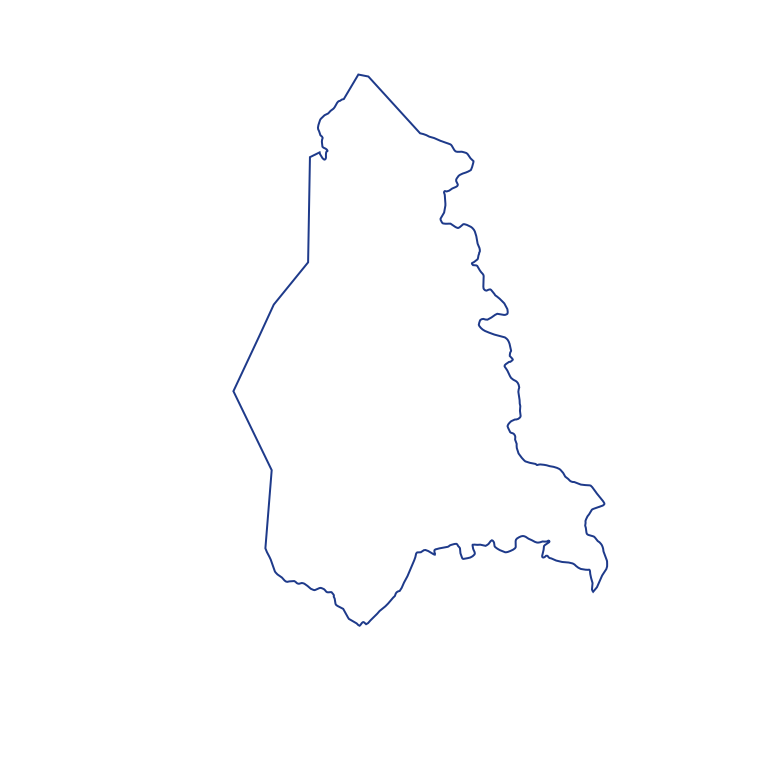 the district of Concepcion de Maria, Choluteca, Honduras, rotated 331°
{"feature_id": "27666195B30241757511056", "entity_name": "Concepcion de Maria", "entity_type": "district", "adm_level": 2, "iso_a3": "HND", "parent_name": "Honduras", "parent_adm1": "Choluteca", "projection": "natural_earth1", "projection_center": [-86.944, 13.221], "detail": "fine", "context": "isolated", "style": "outline", "palette": "blue", "viewbox_px": 768, "rotation_deg": 331, "n_neighbors": 0, "source": "geoboundaries", "source_scale": "gbopen_adm2", "svg_char_len": 6166}
<svg xmlns="http://www.w3.org/2000/svg" viewBox="0 0 768 768"><g transform="rotate(331 384 384)"><path d="M466.2,667.1L471.7,665.0L482.0,657.2L488.8,653.6L490.7,651.7L491.8,649.8L493.1,647.3L493.4,646.2L494.8,636.9L495.8,634.3L496.2,632.5L496.4,630.7L496.3,629.3L495.8,627.0L494.8,625.0L494.1,620.7L493.7,619.4L493.0,618.5L489.5,615.0L489.0,614.1L488.8,613.3L489.0,612.2L490.8,607.6L491.3,605.4L492.9,603.3L493.8,601.5L495.0,600.4L497.8,598.4L500.2,597.4L504.9,594.7L506.5,594.7L516.4,596.4L518.2,596.1L518.7,595.6L518.9,594.8L518.8,592.8L517.1,583.1L516.1,575.1L515.5,573.1L514.8,572.4L510.9,569.9L507.4,567.4L502.9,562.0L501.3,561.0L500.2,559.7L499.7,558.7L499.1,556.4L497.6,552.9L497.6,548.7L496.7,544.6L496.2,543.4L494.7,541.3L492.2,538.7L489.1,536.2L486.8,533.9L484.7,532.2L481.7,530.1L480.2,529.5L478.9,529.2L478.4,528.9L477.8,527.4L473.3,523.6L470.1,520.2L469.5,518.6L468.7,515.3L468.0,510.0L469.1,504.4L470.0,502.4L471.0,500.7L471.7,496.2L473.2,493.9L473.5,492.8L473.5,491.5L473.3,490.5L472.7,489.5L471.5,488.3L471.0,487.3L471.3,482.4L471.6,480.8L472.2,480.2L473.2,479.5L475.2,478.7L477.2,478.2L481.2,478.5L482.6,479.2L484.6,479.6L486.7,479.2L487.4,478.8L488.0,478.2L489.9,473.4L492.5,469.4L493.2,467.0L494.8,463.8L497.7,456.0L499.2,454.0L500.6,452.6L501.4,449.9L501.5,447.8L501.1,446.1L500.6,445.1L499.2,443.0L498.1,440.3L498.0,438.3L498.4,432.1L498.2,429.3L498.0,427.7L498.1,426.8L498.8,426.1L500.1,425.7L504.0,425.3L504.4,425.4L505.0,425.8L505.7,425.8L507.6,425.5L508.4,425.2L508.5,424.8L508.5,424.1L507.6,420.5L508.3,419.3L509.6,417.7L510.9,416.9L511.3,416.5L513.3,409.7L513.6,407.5L513.6,405.5L513.2,403.8L512.3,401.8L504.5,394.3L500.7,389.9L498.0,386.5L496.7,384.2L495.9,381.9L495.5,379.7L495.6,378.2L497.1,376.5L498.8,375.0L499.5,374.7L500.9,374.7L502.4,375.2L504.0,376.8L505.7,377.9L510.3,377.9L514.7,377.4L517.1,377.5L522.5,381.8L523.6,382.3L525.0,382.5L525.9,382.4L526.7,381.7L527.4,380.4L528.2,378.3L528.3,371.8L526.5,365.5L525.1,362.0L524.3,360.4L524.2,358.7L523.3,353.7L522.9,352.9L522.2,352.5L521.0,352.2L519.4,352.1L518.7,351.9L517.8,350.9L517.4,349.6L517.4,348.7L518.1,347.0L523.5,337.9L523.8,336.8L523.7,335.4L523.2,333.5L522.9,331.1L522.8,325.9L522.2,325.0L519.5,323.2L519.3,322.4L519.2,321.5L519.4,321.1L519.8,320.9L521.7,321.0L526.3,320.3L527.3,319.4L529.0,317.3L530.3,316.2L530.9,315.3L531.9,314.7L532.3,314.2L532.9,313.0L533.4,311.4L533.9,306.7L536.4,299.4L537.4,294.6L537.4,292.6L536.9,290.3L536.2,288.7L533.6,285.0L531.9,283.3L531.1,282.8L530.6,282.7L526.7,283.5L525.0,283.6L524.3,283.4L523.7,282.8L522.7,281.5L519.9,276.0L515.4,273.6L513.5,272.2L513.1,271.4L513.0,270.3L513.1,267.9L513.5,267.0L513.8,266.7L519.7,263.2L524.2,257.7L525.1,256.1L528.9,247.9L529.3,245.7L530.0,244.9L530.8,244.8L532.2,246.0L534.8,246.5L538.5,246.1L542.4,246.5L544.0,246.4L544.8,245.9L545.3,245.2L545.5,241.6L546.1,240.4L547.2,239.5L550.2,238.1L551.8,237.9L554.9,238.1L558.0,238.7L560.7,239.0L563.6,239.0L564.6,238.3L566.3,236.9L569.6,233.5L570.3,232.5L569.1,228.6L568.6,223.4L568.0,221.9L566.6,220.4L564.7,218.6L560.7,216.5L559.7,215.6L559.3,215.0L558.9,213.4L558.8,208.4L558.6,207.3L558.1,206.4L551.3,198.7L547.1,193.2L543.5,189.6L541.7,186.9L539.5,184.4L537.1,182.2L519.4,107.5L511.6,100.9L487.0,115.3L485.1,114.8L482.7,115.0L481.5,114.7L480.8,114.8L479.4,115.3L475.0,118.0L473.3,118.7L469.7,119.2L466.4,120.3L462.3,120.1L457.8,121.3L456.7,121.7L456.0,122.2L452.2,125.7L450.5,127.8L449.9,129.4L449.8,131.3L449.0,135.6L449.7,137.6L449.7,138.8L449.4,139.3L448.3,140.3L447.1,142.0L445.2,146.6L445.6,147.9L446.9,149.7L447.5,150.9L447.7,151.9L447.6,152.7L447.3,152.9L446.5,152.8L445.7,153.4L444.6,154.9L442.9,158.0L442.0,158.8L441.1,159.0L440.6,158.8L440.2,158.2L439.7,156.6L439.5,151.9L440.0,150.2L429.2,149.7L376.6,240.8L326.1,261.1L297.5,282.1L248.8,317.3L244.0,404.9L200.6,470.2L200.1,474.3L200.0,479.5L199.8,482.6L197.7,495.0L197.8,496.2L198.5,498.9L200.9,503.8L201.8,507.8L202.6,509.4L203.6,510.2L205.4,510.7L209.9,512.8L210.7,514.1L211.2,515.8L212.1,517.0L212.8,517.5L215.6,518.2L216.5,518.9L217.5,520.0L219.2,523.5L220.7,527.6L222.4,529.8L223.1,530.5L224.1,530.8L228.6,531.2L229.9,531.7L230.9,532.8L232.0,534.3L232.4,535.5L232.8,537.6L233.3,538.5L234.1,539.1L236.7,540.3L237.2,540.7L237.8,543.9L237.5,545.0L236.9,545.7L236.8,547.8L235.0,552.8L235.0,553.9L235.7,555.5L239.3,560.9L239.3,570.7L239.4,572.4L244.0,580.1L244.7,582.5L245.5,583.6L246.6,583.3L248.8,582.3L250.0,582.1L250.6,582.3L251.0,582.8L251.9,585.4L254.1,585.4L257.5,584.2L266.8,581.6L270.1,580.4L277.4,579.1L281.2,578.0L288.4,575.3L290.7,574.7L292.8,572.9L294.1,572.3L295.7,572.2L297.4,572.6L300.6,570.9L305.2,567.4L311.3,563.5L325.0,552.8L327.5,550.6L329.8,548.0L330.5,547.6L331.4,547.4L334.6,549.0L338.3,548.7L339.8,549.3L341.7,551.5L344.7,556.7L345.3,557.6L345.7,557.9L346.3,557.3L346.6,555.5L347.4,554.0L347.9,553.7L348.8,553.6L352.7,554.6L360.8,557.3L361.7,557.4L363.2,557.1L364.8,557.3L368.1,558.1L369.7,558.8L370.1,559.3L370.3,560.0L370.3,561.7L370.7,563.2L370.8,564.5L368.8,569.1L368.0,573.9L368.1,574.9L368.7,575.5L372.8,576.9L375.4,577.6L378.0,577.6L380.4,577.0L381.1,576.5L381.5,575.7L381.8,574.5L381.9,572.6L382.1,571.3L383.1,568.3L383.4,567.8L383.6,567.6L385.2,568.3L387.6,569.9L390.3,571.2L394.4,574.8L395.9,574.8L397.8,574.6L401.2,573.1L402.6,573.0L403.2,573.9L403.4,575.4L403.3,576.2L402.1,579.4L402.1,580.1L402.4,581.0L403.3,583.0L404.8,585.5L408.4,589.9L409.3,590.4L410.8,590.9L413.6,591.3L416.7,591.5L418.9,591.2L419.7,590.8L420.2,590.4L422.8,585.5L423.5,584.6L424.1,584.1L425.5,583.6L427.9,583.5L430.1,583.7L431.8,584.3L432.8,585.1L433.8,586.3L435.4,589.4L437.5,592.2L439.5,595.3L440.8,596.7L441.8,597.4L443.7,598.1L446.3,598.6L448.4,599.9L450.2,600.7L451.8,600.7L452.4,601.3L452.3,602.0L451.8,602.4L446.5,602.9L445.3,603.4L443.2,606.4L439.0,611.0L438.6,611.9L438.8,612.6L439.2,613.0L439.8,613.2L441.0,613.2L442.3,612.8L443.3,613.2L443.8,614.0L444.0,615.5L444.5,616.5L445.8,617.7L449.0,621.9L453.5,626.0L459.0,629.7L462.0,632.4L463.1,634.2L463.8,636.4L464.9,638.9L466.5,641.2L470.2,644.1L472.1,645.3L473.3,645.8L473.6,646.1L473.5,647.4L472.3,650.1L471.1,654.0L469.9,659.2L466.3,664.5L466.1,666.0L466.2,667.1Z" fill="none" stroke="#1e3a8a" stroke-width="2"/></g></svg>